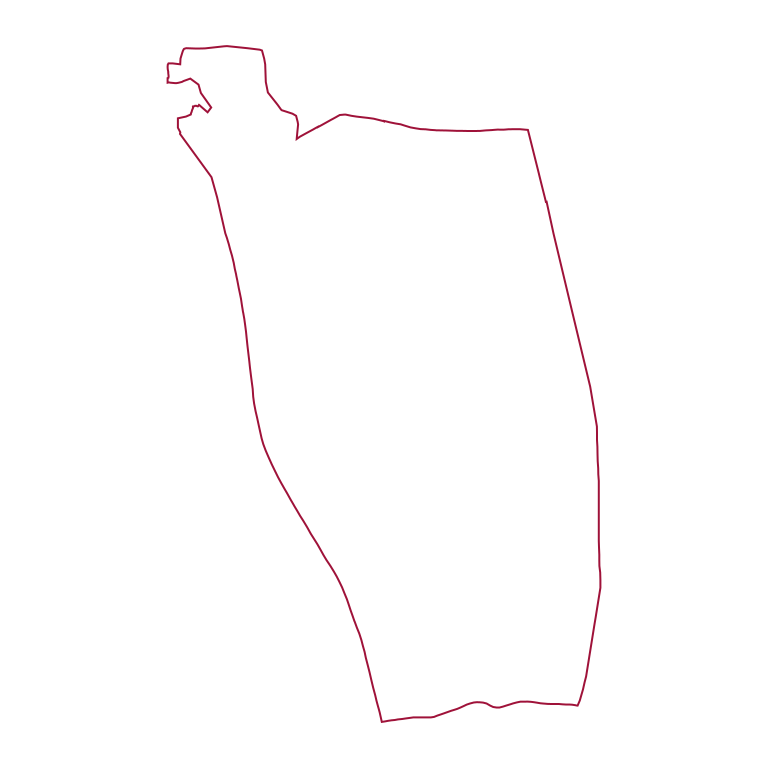 the district of Rada', Al Bayda', Yemen
{"feature_id": "15242507B79074936513769", "entity_name": "Rada'", "entity_type": "district", "adm_level": 2, "iso_a3": "YEM", "parent_name": "Yemen", "parent_adm1": "Al Bayda'", "projection": "natural_earth1", "projection_center": [44.883, 14.33], "detail": "fine", "context": "isolated", "style": "outline", "palette": "rose", "viewbox_px": 768, "rotation_deg": 0, "n_neighbors": 0, "source": "geoboundaries", "source_scale": "gbopen_adm2", "svg_char_len": 4336}
<svg xmlns="http://www.w3.org/2000/svg" viewBox="0 0 768 768"><path d="M336.9,116.6L336.6,116.8L332.8,118.9L332.5,119.1L331.8,119.4L330.2,120.3L321.6,125.1L317.9,127.1L317.9,126.8L316.6,127.5L315.7,128.0L313.1,129.5L307.0,132.8L304.8,134.0L299.9,136.7L296.7,139.0L296.8,137.8L297.4,131.5L298.1,124.5L297.7,122.0L296.1,115.8L292.5,113.7L286.1,111.6L281.7,110.2L281.0,109.5L277.7,104.9L267.9,92.5L265.8,82.0L265.2,64.4L264.2,58.7L262.0,50.5L259.8,49.7L247.5,48.2L227.0,46.1L224.1,46.3L204.9,48.4L200.3,48.5L196.5,48.5L196.0,48.5L194.6,48.5L186.2,48.2L184.5,48.7L184.0,48.9L183.7,49.3L182.8,51.1L181.7,54.6L180.5,58.6L180.2,64.3L172.7,63.4L169.6,63.4L168.5,63.4L167.8,64.6L167.6,66.9L167.7,68.4L167.7,68.9L168.0,70.6L168.3,72.1L168.2,72.4L168.3,73.8L168.5,75.0L168.6,76.6L168.4,77.8L167.6,78.1L167.6,82.7L168.9,82.4L170.5,82.7L174.8,83.1L176.6,83.1L178.4,82.8L181.2,82.1L181.9,81.9L182.8,81.5L183.2,81.2L183.4,81.1L190.3,78.6L198.5,84.6L200.9,93.0L211.2,107.5L207.6,112.3L200.9,106.5L199.7,105.4L199.0,104.9L198.4,105.8L198.0,106.3L197.3,106.3L196.5,105.9L196.3,105.8L195.7,105.8L195.0,105.8L194.7,106.1L194.3,106.3L193.5,106.4L193.1,106.3L192.9,106.6L193.0,107.9L192.8,108.5L192.1,110.1L191.5,112.2L191.2,112.8L190.9,113.6L190.8,114.5L185.9,116.6L184.9,116.8L177.9,118.3L177.9,127.7L180.3,132.3L180.2,132.9L180.0,133.9L211.5,177.2L217.1,197.3L225.3,233.3L227.0,238.2L227.7,240.6L228.8,244.2L230.2,249.6L232.0,255.7L232.7,258.6L233.4,261.5L233.7,262.7L234.8,268.8L236.1,274.4L236.3,275.7L237.3,280.4L238.6,287.2L238.7,287.8L239.8,293.0L241.0,298.9L242.1,306.4L242.5,308.7L243.0,312.0L243.2,312.7L244.3,318.9L245.2,325.4L246.0,331.6L246.6,337.6L247.4,345.2L248.3,352.9L249.3,361.3L249.8,366.1L250.0,367.9L250.9,375.2L251.7,381.4L252.7,389.0L253.2,396.7L254.1,403.5L255.6,411.3L257.1,417.7L258.5,424.2L260.1,431.5L261.6,438.3L263.3,444.2L265.7,450.6L268.6,457.3L271.7,464.2L275.0,471.0L278.1,477.3L281.3,483.2L284.6,489.0L287.4,493.8L290.6,499.6L293.7,504.9L294.3,506.0L297.3,511.0L300.2,516.0L303.1,520.5L307.2,527.3L310.8,533.8L313.9,538.7L317.5,544.4L320.6,549.9L323.6,555.3L326.5,560.1L330.4,565.9L333.9,571.6L336.7,576.5L339.3,581.6L342.1,587.4L344.5,593.4L346.9,599.2L348.8,604.8L350.6,610.3L352.6,615.9L354.4,621.1L354.7,621.7L356.9,627.7L359.3,633.6L361.4,640.1L362.9,645.9L364.6,651.9L365.8,657.7L367.7,665.0L369.5,672.1L371.3,679.9L373.2,687.8L375.2,695.2L376.5,700.8L378.1,706.7L378.6,708.4L379.7,712.5L381.8,721.9L385.1,721.4L388.2,720.8L391.6,720.3L394.8,720.0L398.0,719.4L402.1,719.0L406.1,718.4L409.1,718.0L413.3,717.4L414.0,717.4L416.5,717.4L420.4,717.4L423.7,717.4L427.3,717.4L430.9,717.4L434.1,716.9L437.3,715.6L440.6,714.5L443.8,713.4L448.3,711.8L451.1,710.8L454.1,709.9L457.2,708.9L460.3,707.6L463.8,706.0L466.7,704.6L470.0,703.5L473.8,702.5L476.9,702.2L479.9,702.3L483.1,702.6L486.6,703.5L490.2,705.6L493.2,707.0L496.4,707.5L499.6,707.5L503.0,706.6L506.4,705.5L509.7,704.5L513.1,703.4L516.9,702.4L520.3,701.7L524.0,701.7L527.3,701.6L530.7,701.8L533.9,702.2L537.1,702.7L540.6,703.3L544.0,703.6L547.6,703.9L551.1,704.0L555.6,704.0L558.9,704.0L562.2,704.3L565.4,704.5L568.9,704.5L572.1,704.7L575.3,705.2L576.6,705.5L577.6,705.6L579.8,700.5L581.4,694.9L583.0,689.4L584.6,682.3L586.1,676.5L594.6,623.6L595.7,617.1L600.4,587.8L600.4,587.2L600.4,580.2L600.2,572.5L599.4,566.0L599.3,560.3L599.3,554.7L599.0,547.2L598.8,540.9L598.8,534.6L598.8,528.8L598.8,521.8L598.8,515.1L598.8,507.5L598.8,501.8L598.8,494.3L598.8,487.1L598.8,480.9L598.3,474.3L598.2,468.3L597.7,461.1L597.5,453.1L597.4,446.7L597.0,440.0L597.0,432.5L596.9,426.5L590.2,386.7L572.4,312.6L553.5,233.5L546.6,201.7L546.2,201.8L545.9,201.9L544.9,197.8L541.4,183.9L539.1,174.6L539.0,174.1L530.4,139.8L527.9,129.9L525.5,129.7L523.3,129.5L519.9,129.2L517.6,129.2L513.2,129.2L508.1,129.3L507.0,129.4L506.0,129.5L503.1,129.7L497.4,129.6L491.3,130.1L485.6,130.4L480.3,130.9L475.6,131.0L474.2,131.0L468.1,131.0L462.8,130.9L458.1,130.9L457.8,130.9L452.7,130.7L446.5,130.5L441.4,130.4L436.1,130.3L435.5,130.2L430.7,129.9L425.6,129.3L420.6,129.1L415.5,128.3L410.5,127.4L405.6,125.9L404.3,125.5L400.6,124.3L395.6,123.5L389.7,122.3L384.5,121.0L383.9,120.9L383.9,121.3L383.7,121.2L379.0,120.0L373.7,118.7L367.9,117.9L362.6,117.3L356.6,116.6L351.4,115.8L345.7,114.6L345.0,114.6L344.1,114.6L342.2,114.8L339.8,115.0L336.9,116.6Z" fill="none" stroke="#9f1239" stroke-width="2"/></svg>